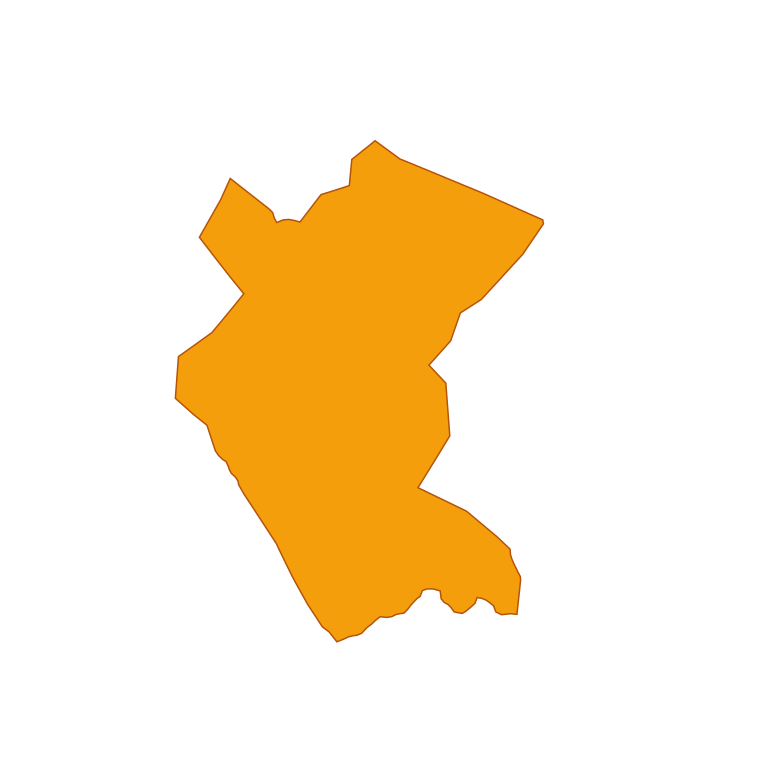 Jaicós, Piauí, Brazil (Mercator projection), rotated 310°
{"feature_id": "56859067B77828111309856", "entity_name": "Jaicós", "entity_type": "district", "adm_level": 2, "iso_a3": "BRA", "parent_name": "Brazil", "parent_adm1": "Piauí", "projection": "mercator", "projection_center": [-41.242, -7.409], "detail": "fine", "context": "isolated", "style": "filled", "palette": "amber", "viewbox_px": 768, "rotation_deg": 310, "n_neighbors": 0, "source": "geoboundaries", "source_scale": "gbopen_adm2", "svg_char_len": 1707}
<svg xmlns="http://www.w3.org/2000/svg" viewBox="0 0 768 768"><g transform="rotate(310 384 384)"><path d="M564.6,220.8L535.3,215.0L513.7,229.9L496.8,219.3L488.6,214.0L454.1,215.5L451.6,210.1L448.8,205.2L444.8,201.2L438.7,198.0L440.7,193.2L443.8,188.4L444.2,183.2L442.6,134.1L420.2,140.4L377.7,148.3L370.9,179.4L369.7,185.1L367.1,197.3L363.0,218.6L347.8,218.9L323.1,219.1L312.7,219.1L289.1,213.1L272.9,208.9L238.9,233.4L238.6,244.0L238.2,257.7L238.6,274.9L224.4,297.8L222.9,303.2L222.5,309.0L223.1,312.8L221.0,317.3L218.9,320.8L217.4,324.6L217.2,330.2L215.7,334.7L213.4,337.4L209.6,347.7L205.5,361.5L192.5,404.2L189.1,411.5L182.3,426.8L177.8,437.0L175.9,441.6L166.2,466.9L158.3,493.1L158.8,501.2L157.5,507.6L156.2,513.6L162.2,516.9L167.6,519.4L171.7,522.5L174.3,524.9L178.7,527.1L186.2,527.5L192.0,528.8L197.6,529.4L203.2,530.6L207.0,536.2L210.8,539.5L215.2,541.4L218.1,543.7L221.4,546.6L226.6,547.0L231.9,546.7L237.3,547.0L241.0,547.2L244.4,548.2L250.5,546.2L254.8,548.8L258.7,553.6L261.6,560.0L258.9,563.0L256.2,565.8L255.4,570.4L256.2,574.7L255.9,578.6L254.5,584.1L256.4,587.8L258.5,591.3L261.8,592.6L268.7,593.9L274.4,594.7L280.2,592.6L282.6,596.6L284.0,600.9L284.4,604.6L284.5,610.5L281.3,616.1L282.8,622.3L289.3,628.5L293.0,633.9L321.7,614.6L324.2,612.1L325.9,607.7L327.8,603.6L329.9,598.8L331.8,595.0L334.5,590.7L338.5,586.8L339.6,569.4L339.6,543.9L339.6,528.9L326.4,476.7L361.9,471.5L386.6,467.7L391.5,462.9L424.4,430.8L427.3,406.3L440.0,406.7L459.9,407.3L475.7,401.3L487.6,396.8L503.2,401.7L511.4,404.2L542.0,405.6L545.6,405.7L572.4,406.9L609.2,403.2L611.8,400.1L607.4,385.1L594.0,338.0L571.3,266.1L569.0,258.9L566.6,251.5L564.6,220.8Z" fill="#f59e0b" stroke="#b45309" stroke-width="1.5"/></g></svg>